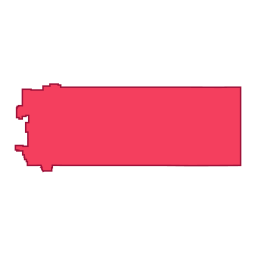 Laverton, Western Australia, Australia (Mercator projection)
{"feature_id": "25037944B80817080024086", "entity_name": "Laverton", "entity_type": "district", "adm_level": 2, "iso_a3": "AUS", "parent_name": "Australia", "parent_adm1": "Western Australia", "projection": "mercator", "projection_center": [123.06, -27.938], "detail": "fine", "context": "isolated", "style": "filled", "palette": "rose", "viewbox_px": 256, "rotation_deg": 0, "n_neighbors": 0, "source": "geoboundaries", "source_scale": "gbopen_adm2", "svg_char_len": 3205}
<svg xmlns="http://www.w3.org/2000/svg" viewBox="0 0 256 256"><path d="M240.6,87.2L228.5,87.2L220.3,87.3L184.7,87.2L163.7,87.2L142.6,87.2L120.0,87.2L109.7,87.2L109.1,87.2L108.8,87.2L108.4,87.2L107.9,87.2L107.6,87.2L107.1,87.2L106.8,87.2L106.2,87.2L105.9,87.2L105.5,87.2L104.9,87.2L104.4,87.2L104.1,87.2L103.8,87.2L103.4,87.2L103.1,87.2L102.6,87.2L102.0,87.2L101.7,87.2L101.2,87.2L100.9,87.2L100.5,87.2L99.9,87.2L99.6,87.2L99.1,87.2L98.7,87.2L98.4,87.2L97.9,87.2L97.6,87.2L97.1,87.2L96.8,87.2L96.4,87.2L96.1,87.2L95.5,87.2L94.9,87.2L94.6,87.2L94.1,87.2L93.8,87.2L93.4,87.2L92.9,87.2L92.6,87.2L92.3,87.2L91.8,87.2L91.2,87.2L90.9,87.2L90.5,87.2L90.2,87.2L89.7,87.2L89.1,87.2L88.8,87.2L88.4,87.2L87.9,87.2L87.6,87.2L87.0,87.2L86.4,87.2L85.8,87.2L85.2,87.2L84.6,87.2L84.0,87.2L83.7,87.2L83.2,87.2L82.6,87.2L82.0,87.2L81.2,87.2L80.6,87.2L80.0,87.2L79.6,87.2L79.0,87.2L78.4,87.2L77.8,87.2L77.1,87.2L76.4,87.2L75.9,87.2L75.5,87.2L75.2,87.2L74.7,87.2L74.3,87.2L74.0,87.2L73.7,87.2L73.2,87.2L72.8,87.2L72.3,87.2L71.8,87.2L71.5,87.2L71.2,87.2L70.8,87.2L70.5,87.2L70.0,87.2L69.6,87.2L69.3,87.2L69.0,87.2L68.5,87.2L68.1,87.2L67.8,87.2L67.3,87.2L67.0,87.2L66.5,87.2L66.2,87.2L65.8,87.2L65.3,87.2L64.9,87.2L64.6,87.2L64.1,87.2L63.5,87.2L63.1,87.2L62.7,87.2L62.2,87.2L61.6,87.2L61.2,87.2L60.7,87.2L60.7,85.0L60.4,85.0L60.0,85.0L59.4,85.0L58.8,85.0L58.2,85.0L58.2,84.1L57.8,84.1L57.4,84.1L57.1,84.1L56.7,84.1L56.2,84.1L55.8,84.1L55.2,84.1L54.9,84.1L54.5,84.1L54.0,84.1L53.6,84.1L53.1,84.1L52.8,84.1L49.9,84.1L49.9,86.1L43.0,86.1L43.0,90.0L31.1,90.0L31.1,89.3L22.4,89.3L22.4,105.7L18.5,105.7L18.5,106.5L17.1,106.5L17.1,107.9L16.6,107.9L16.6,111.0L16.6,117.6L16.8,117.6L17.0,117.6L18.4,117.6L19.0,117.6L19.0,119.0L19.4,119.0L19.9,119.0L20.2,119.0L20.6,119.0L20.9,119.0L21.4,119.0L21.8,119.0L22.3,119.0L22.3,117.6L22.3,116.4L25.9,116.4L25.9,115.4L27.7,115.4L28.7,115.4L28.7,122.6L25.7,122.6L25.7,132.1L27.9,132.1L27.9,139.0L28.0,139.0L28.0,139.6L27.9,140.8L27.9,141.1L27.9,141.7L27.9,142.0L27.9,142.5L27.9,143.6L27.9,146.3L25.5,146.3L24.7,146.3L24.2,146.3L23.7,146.3L23.0,146.3L23.0,145.5L17.4,145.5L15.4,145.5L15.4,149.9L16.8,149.9L16.8,150.9L17.3,150.9L17.3,150.2L18.8,150.2L18.8,150.9L22.7,150.9L22.7,154.9L24.2,154.9L24.2,157.4L24.6,157.4L24.6,159.5L25.4,159.5L26.4,159.5L26.4,161.6L27.4,161.6L27.4,164.1L27.4,165.4L28.1,165.4L30.7,165.4L35.0,165.4L35.9,165.4L40.9,165.3L40.9,165.5L41.1,165.6L41.2,165.8L41.3,165.9L41.3,166.0L41.4,166.3L41.4,166.6L41.4,166.8L41.2,167.0L41.3,167.2L41.3,167.3L41.2,167.3L41.2,167.2L41.0,167.3L41.3,167.5L41.5,167.5L41.5,167.4L41.5,167.2L41.6,167.3L41.6,167.5L41.8,167.4L41.8,167.2L41.7,167.2L41.8,167.0L41.8,167.3L41.9,167.5L41.7,167.7L41.4,167.6L41.4,167.9L41.5,168.0L41.8,168.5L42.0,168.8L42.0,169.0L41.9,169.1L41.9,169.3L42.0,169.4L42.1,169.2L42.2,169.3L42.1,169.5L42.3,169.9L42.2,170.0L42.3,170.2L42.4,170.3L42.6,170.4L42.7,170.5L42.9,170.7L43.0,170.8L43.1,171.1L43.2,171.4L43.2,171.6L43.4,171.7L43.4,171.9L43.4,170.9L51.7,170.9L51.7,167.8L52.3,167.8L52.3,165.3L55.8,165.3L63.1,165.4L74.5,165.4L90.0,165.4L114.1,165.4L122.7,165.4L141.9,165.4L160.9,165.4L164.6,165.4L190.7,165.6L225.5,165.5L240.6,165.4L240.6,133.8L240.6,87.2Z" fill="#f43f5e" stroke="#9f1239" stroke-width="1.5"/></svg>